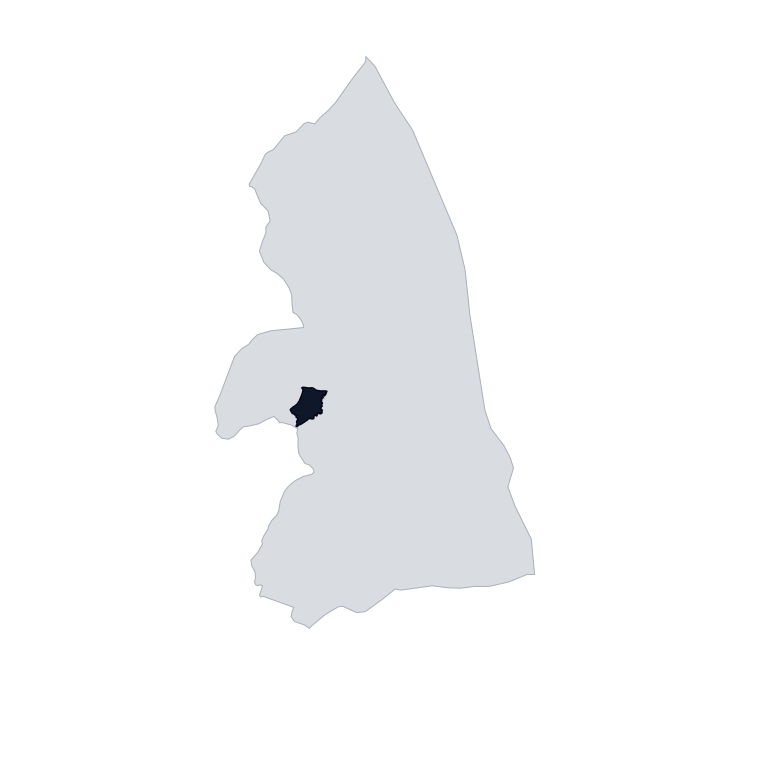 location of Meinpea-Mahn, Nimba, Liberia, rotated 219°
{"feature_id": "62588387B99870761463073", "entity_name": "Meinpea-Mahn", "entity_type": "district", "adm_level": 2, "iso_a3": "LBR", "parent_name": "Liberia", "parent_adm1": "Nimba", "projection": "mercator", "projection_center": [-9.109, 7.008], "detail": "fine", "context": "in_parent", "style": "filled", "palette": "ink", "viewbox_px": 768, "rotation_deg": 219, "n_neighbors": 0, "source": "geoboundaries", "source_scale": "gbopen_adm2", "svg_char_len": 4469}
<svg xmlns="http://www.w3.org/2000/svg" viewBox="0 0 768 768"><g transform="rotate(219 384 384)"><path d="M147.1,330.8L153.2,325.7L162.2,309.0L174.8,293.0L186.5,283.4L195.8,273.7L205.6,266.2L219.7,257.4L241.3,234.3L246.3,231.7L249.8,215.7L255.2,195.4L261.4,189.1L276.1,185.3L279.5,181.8L284.7,167.4L288.0,150.7L288.3,147.1L294.1,146.7L304.0,143.1L309.7,144.7L312.3,149.5L313.6,153.6L343.5,143.2L346.1,141.0L347.7,141.4L351.5,150.8L353.6,150.2L355.5,147.5L357.5,147.2L359.8,148.5L362.1,152.8L366.0,156.8L372.4,159.5L376.6,163.3L376.1,173.4L377.7,183.1L380.5,185.4L382.0,191.2L382.7,197.6L384.3,201.0L385.4,207.4L384.8,214.3L386.0,219.2L390.8,227.6L393.8,238.1L393.8,245.6L392.0,253.5L388.9,260.7L383.3,268.5L382.8,271.6L386.1,273.7L391.2,274.1L395.3,272.5L406.0,276.1L411.5,281.2L416.4,287.6L420.8,290.9L422.8,294.9L430.3,293.8L439.0,289.9L440.8,288.1L443.4,289.1L449.1,289.5L453.0,282.5L456.2,274.4L463.0,265.7L466.3,262.4L467.2,256.8L467.5,249.6L470.0,243.4L475.6,239.9L481.6,240.0L484.9,241.3L486.6,247.3L491.4,251.9L495.6,255.1L497.8,256.4L501.2,260.0L504.5,272.1L517.5,311.4L516.8,322.2L514.2,329.3L514.2,336.2L513.3,343.0L505.4,354.2L482.1,377.2L483.9,379.2L489.4,381.8L495.1,383.1L499.8,382.4L505.6,388.1L511.9,395.3L518.5,399.1L528.2,402.3L536.6,402.7L543.7,401.5L553.8,402.9L564.5,408.8L568.3,418.7L570.9,427.2L574.6,431.6L575.1,439.0L582.8,445.5L593.6,446.8L607.7,454.4L611.3,454.0L612.9,453.0L614.6,454.5L618.1,476.5L620.9,488.2L619.4,492.9L617.5,496.6L617.4,514.4L611.0,524.6L610.0,535.8L608.2,539.4L601.4,542.6L601.3,551.2L599.5,561.6L598.8,572.6L600.7,601.4L601.1,622.9L604.1,627.0L590.9,625.2L551.9,608.8L521.8,599.4L421.1,545.6L393.1,524.0L360.9,491.9L289.1,427.1L272.8,416.7L252.1,411.6L239.4,406.1L230.4,400.1L223.1,382.1L205.1,371.4L172.0,356.2L147.1,330.8Z" fill="#d9dde1" stroke="#a8b0b8" stroke-width="1"/><path d="M424.0,299.2L423.9,299.3L423.8,299.7L423.7,299.7L423.4,300.1L423.2,300.4L423.2,300.8L422.9,301.4L422.8,301.8L422.4,302.9L422.0,304.2L421.8,304.9L421.4,306.3L421.2,306.8L420.8,308.1L420.9,308.6L421.0,308.8L421.1,309.1L420.5,309.7L420.5,310.0L420.1,310.4L418.6,311.3L418.2,311.5L417.9,311.5L417.7,311.8L417.4,312.1L417.2,312.4L416.9,312.9L417.5,314.0L417.7,314.3L418.1,314.8L418.1,315.2L418.0,315.7L417.7,316.5L417.4,316.7L416.9,316.7L416.9,316.8L416.7,316.9L416.5,316.7L416.4,316.7L416.2,316.9L416.6,317.6L416.4,317.9L416.5,318.1L416.6,318.5L416.9,318.5L417.1,318.9L417.4,319.2L417.4,319.4L417.2,319.6L416.4,320.0L415.9,320.5L415.5,320.6L415.0,320.6L414.9,320.8L414.7,320.7L414.5,320.9L414.6,321.1L414.1,321.9L414.0,322.0L414.0,322.5L414.2,322.8L414.3,322.8L414.5,323.3L415.1,323.7L415.1,323.8L415.3,324.2L415.4,324.3L415.4,324.6L415.5,324.8L415.8,324.9L416.2,324.7L416.3,324.6L416.5,324.6L417.2,324.8L417.4,325.0L417.8,325.8L418.1,325.9L418.5,326.1L418.4,326.3L418.3,326.6L418.3,327.2L418.2,327.4L418.2,327.6L418.1,327.8L418.7,328.1L419.5,329.0L419.8,329.2L419.9,329.4L420.0,329.9L419.8,330.2L419.8,330.3L420.1,330.5L420.3,330.6L420.6,330.8L421.2,330.7L421.8,330.8L422.1,330.9L422.1,331.2L422.2,332.0L422.3,332.4L422.5,332.7L422.8,332.9L423.0,333.0L423.5,333.3L423.9,333.5L424.0,333.6L423.8,333.7L423.5,333.9L423.1,334.2L423.1,334.4L423.0,334.6L423.2,335.2L423.3,335.5L423.5,335.6L423.4,335.6L423.7,335.8L423.8,336.4L424.0,336.6L424.3,336.9L423.8,337.4L423.2,337.2L423.1,337.3L422.8,337.4L422.8,337.5L423.0,337.5L423.2,337.9L422.8,338.2L422.8,338.4L422.8,338.6L422.8,338.9L422.9,339.0L422.9,339.6L422.9,340.0L423.1,340.3L423.3,339.9L423.6,339.9L423.9,340.2L423.9,340.5L423.6,341.0L423.5,341.3L423.8,342.3L425.0,341.9L426.2,340.9L427.9,339.5L428.6,338.9L430.4,337.8L431.0,337.4L432.5,336.7L433.3,336.4L435.7,336.4L436.0,336.3L437.5,335.8L439.6,333.9L440.0,333.5L441.4,332.6L441.7,332.5L442.0,332.3L443.6,331.4L444.9,330.5L444.9,330.4L445.4,329.3L443.1,328.5L442.4,326.9L441.6,325.1L441.1,324.0L441.0,323.6L440.5,321.8L439.6,318.9L439.1,317.3L439.0,315.1L439.0,314.9L438.9,313.7L439.2,312.1L439.2,311.6L439.3,311.4L440.2,308.8L440.6,306.5L440.7,306.1L440.7,305.3L440.2,304.7L436.7,303.4L436.4,303.7L435.9,304.0L434.0,303.8L433.2,304.1L432.9,304.2L431.8,304.4L431.4,304.3L431.7,303.5L431.7,303.3L431.7,303.0L430.4,302.9L429.8,303.0L429.1,303.1L428.8,302.5L428.6,301.4L428.5,300.8L428.4,300.4L428.1,299.6L428.0,299.4L426.6,298.5L426.1,298.3L426.2,297.6L426.2,297.4L426.1,296.5L425.6,295.9L425.1,296.0L424.7,296.3L424.5,296.8L424.6,297.7L424.6,297.9L424.6,298.6L424.0,299.2Z" fill="#0f172a" stroke="#020617" stroke-width="1.5"/></g></svg>